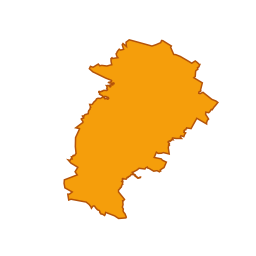 Yécora, Sonora, Mexico, rotated 122°
{"feature_id": "50627088B85218670408267", "entity_name": "Yécora", "entity_type": "district", "adm_level": 2, "iso_a3": "MEX", "parent_name": "Mexico", "parent_adm1": "Sonora", "projection": "equal_earth", "projection_center": [-108.893, 28.413], "detail": "fine", "context": "isolated", "style": "filled", "palette": "amber", "viewbox_px": 256, "rotation_deg": 122, "n_neighbors": 0, "source": "geoboundaries", "source_scale": "gbopen_adm2", "svg_char_len": 5653}
<svg xmlns="http://www.w3.org/2000/svg" viewBox="0 0 256 256"><g transform="rotate(122 128 128)"><path d="M205.4,82.2L204.5,82.2L202.4,85.0L201.7,87.1L200.9,88.3L199.2,89.0L198.2,90.8L195.6,91.6L192.5,94.0L192.1,93.3L191.4,93.3L190.4,93.1L187.3,102.1L185.6,103.2L183.2,102.6L182.6,102.9L182.2,102.5L181.9,102.4L181.3,102.4L180.0,103.0L179.4,102.9L178.5,102.6L177.5,103.7L176.9,103.8L176.6,103.7L176.4,103.7L176.4,104.2L176.5,104.6L176.6,104.8L176.6,105.0L175.6,104.8L175.4,104.8L175.2,104.8L174.7,105.3L174.3,105.8L173.8,105.9L173.6,105.7L173.4,105.4L173.5,104.4L173.2,104.2L173.0,103.9L172.8,103.2L172.6,103.0L172.3,102.4L171.5,102.3L170.9,102.5L170.3,102.5L170.2,102.4L170.0,101.8L169.8,101.7L169.5,101.9L168.9,101.8L168.7,101.6L168.5,101.3L168.1,101.0L167.6,101.0L167.3,100.8L166.5,100.7L166.0,100.7L165.7,100.7L165.4,100.0L165.1,99.7L164.4,97.7L164.4,97.4L165.2,96.2L165.0,95.5L165.4,93.1L165.0,92.5L163.4,91.2L163.0,91.4L163.9,92.2L164.8,92.6L165.1,93.1L164.8,94.1L164.6,95.5L164.8,96.0L164.7,96.2L164.4,96.4L164.2,96.6L164.0,97.0L163.9,97.4L163.9,97.9L164.0,98.0L164.1,98.5L164.6,99.0L164.7,99.3L164.7,99.5L164.2,99.7L164.1,99.9L163.6,99.8L163.4,100.0L163.2,100.3L163.2,100.8L162.2,100.0L158.6,98.0L156.3,97.3L153.8,91.9L152.4,91.9L150.9,90.9L151.5,90.1L151.1,88.6L151.0,83.3L148.8,80.8L148.5,78.1L147.6,77.9L147.2,77.5L146.4,78.4L144.0,77.3L142.5,76.5L136.6,77.4L137.1,81.7L136.6,83.5L139.1,90.2L133.5,91.1L133.6,89.0L131.7,86.3L130.1,85.0L128.2,79.3L123.4,83.4L122.1,83.9L121.7,84.2L121.3,84.2L121.0,83.9L120.7,83.8L120.6,84.1L120.3,84.7L120.0,84.4L119.9,84.4L119.9,84.6L119.4,84.6L119.0,85.5L118.7,86.6L118.0,86.6L117.8,86.0L116.8,86.0L116.7,85.9L116.6,85.7L116.5,85.3L116.6,85.1L116.1,85.0L115.9,84.8L115.7,84.7L115.1,85.0L114.1,83.5L113.6,84.7L113.3,84.7L113.0,85.0L112.8,84.9L112.2,83.6L112.0,82.9L111.8,82.7L111.5,81.8L108.5,77.1L107.9,78.9L106.5,79.0L105.8,76.1L103.3,76.6L101.6,76.5L102.0,78.4L101.8,78.5L101.5,78.4L101.0,78.5L100.7,78.7L100.6,79.0L100.3,79.1L99.6,78.9L99.4,78.8L99.0,78.1L98.7,78.2L98.1,78.4L97.6,78.0L97.2,78.2L96.9,77.9L96.7,78.1L95.1,74.2L83.3,74.8L82.9,63.5L81.8,64.2L79.5,64.8L77.7,64.4L75.3,69.4L73.3,70.4L72.3,67.7L70.8,67.3L68.1,67.2L68.0,66.3L64.3,66.1L62.9,65.8L58.7,65.3L58.5,67.7L59.3,72.1L58.0,83.3L60.7,85.1L61.1,86.4L59.9,87.0L58.3,85.9L57.9,85.9L57.7,86.5L50.3,88.9L50.5,98.8L48.6,98.3L44.5,100.5L43.3,100.8L41.2,99.9L40.0,101.0L38.7,100.3L36.3,100.7L36.4,100.8L35.8,103.8L35.5,106.5L39.3,108.3L39.3,111.4L39.5,118.0L39.6,121.5L40.5,126.4L41.4,128.2L36.9,134.7L35.5,134.7L35.5,144.8L36.0,145.9L38.3,145.5L42.5,148.4L45.8,151.1L51.7,170.9L52.6,173.7L56.3,175.1L58.7,173.4L59.7,172.5L59.0,177.0L60.5,177.0L63.6,173.4L65.9,175.6L65.8,177.2L68.9,177.6L70.0,177.3L71.4,177.4L73.0,175.6L73.7,173.8L77.2,177.9L76.9,178.8L78.2,179.2L80.3,177.8L83.0,175.3L83.9,176.3L86.6,178.7L88.8,183.4L90.2,185.0L89.5,187.1L95.0,189.8L95.6,192.5L98.2,192.2L99.0,187.6L97.5,173.5L96.4,167.5L96.4,167.1L96.6,167.0L97.3,166.7L97.6,166.8L98.9,167.9L99.3,168.5L99.6,168.6L99.8,168.6L99.5,167.2L99.1,166.5L99.0,165.8L98.8,165.3L98.8,165.1L98.7,164.9L98.4,165.0L98.0,164.8L97.8,164.4L97.5,164.3L97.4,163.9L97.4,163.6L97.7,163.4L97.9,163.3L98.0,163.4L98.7,164.1L99.6,163.8L100.2,165.3L100.7,165.6L100.9,165.9L101.2,166.1L101.3,165.7L101.4,165.1L101.5,164.8L101.6,164.7L102.0,164.9L102.4,164.7L102.7,165.1L102.7,165.5L102.6,165.9L102.3,166.2L102.3,167.0L102.6,167.7L102.9,168.0L103.3,168.3L103.5,168.7L103.7,168.2L103.9,167.9L104.2,167.7L104.8,167.0L105.1,167.0L105.4,167.1L105.5,167.1L105.5,166.8L105.9,166.6L105.8,166.4L106.1,165.8L106.6,165.6L107.2,165.8L107.7,166.2L107.8,166.7L108.3,167.3L108.5,167.8L109.1,168.7L109.4,168.9L110.3,169.1L110.3,169.4L110.4,169.6L110.6,169.7L111.3,170.0L111.6,170.3L111.9,170.9L112.1,171.6L112.2,171.9L112.5,172.0L112.8,172.0L113.0,171.9L113.2,171.7L113.4,170.5L113.7,170.3L113.9,170.3L114.4,170.1L114.4,169.9L114.4,168.7L114.2,167.6L114.2,167.0L114.5,166.5L114.7,165.7L114.2,165.3L113.7,164.7L113.5,164.1L113.3,164.0L113.1,163.5L112.9,163.3L112.8,162.5L112.9,161.8L112.7,161.6L112.6,161.3L112.7,161.2L112.6,160.8L113.0,160.1L114.0,160.2L114.3,160.4L114.5,160.8L114.2,161.4L114.3,161.9L115.5,163.0L115.5,163.3L114.9,163.8L114.9,164.0L115.4,165.9L115.6,166.1L115.9,166.1L117.5,167.0L117.8,167.4L118.1,168.2L118.5,168.9L118.8,169.3L120.0,170.1L121.7,170.0L124.0,170.7L126.8,170.8L127.1,171.0L127.8,172.1L128.3,173.0L130.0,171.0L130.2,170.6L130.5,170.7L131.3,170.7L132.1,170.2L133.4,170.4L133.7,170.5L134.7,170.4L136.3,169.7L136.9,169.3L137.1,169.4L138.0,170.3L138.5,170.5L138.8,170.8L138.9,171.1L139.3,171.5L139.8,171.6L140.4,171.7L140.9,171.5L141.4,172.1L141.6,172.6L142.0,173.0L142.3,172.6L142.5,171.7L142.9,170.8L143.0,170.8L144.4,172.1L144.8,172.5L145.0,172.5L145.3,172.2L146.2,169.9L146.9,169.3L147.4,169.2L148.9,169.9L149.8,170.2L155.5,172.4L154.2,168.8L154.4,168.6L163.9,167.4L171.7,162.8L177.2,158.5L177.8,158.7L179.5,158.7L179.8,158.9L180.1,159.8L180.4,160.0L180.7,160.0L181.4,159.7L182.5,160.8L183.8,159.0L184.5,160.0L186.2,160.0L186.8,161.8L188.0,157.8L187.9,149.7L193.1,149.7L194.7,146.2L205.7,154.5L208.8,152.9L212.2,149.8L211.8,141.4L215.1,142.6L216.0,144.0L220.5,140.1L218.6,138.6L213.0,124.3L213.4,120.6L214.4,117.9L215.4,116.5L213.6,116.4L212.6,116.2L212.2,115.6L212.0,115.0L212.3,114.1L212.7,113.5L212.8,113.0L213.0,112.7L213.0,111.9L213.4,111.3L213.5,109.9L213.2,109.0L213.4,108.1L214.0,107.4L214.3,107.4L214.4,107.1L214.5,107.0L214.8,106.5L214.8,106.2L215.2,105.8L215.2,105.6L215.0,104.9L214.9,104.8L214.9,104.5L214.9,104.4L214.6,103.8L214.6,101.5L213.6,101.5L212.3,102.0L211.4,102.2L209.6,92.9L209.7,88.0L205.4,82.2Z" fill="#f59e0b" stroke="#b45309" stroke-width="1.5"/></g></svg>